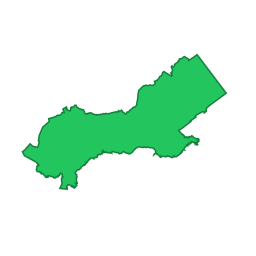 Davao del Sur, Davao del Sur, Philippines, rotated 53°
{"feature_id": "2640588B9806973652018", "entity_name": "Davao del Sur", "entity_type": "district", "adm_level": 2, "iso_a3": "PHL", "parent_name": "Philippines", "parent_adm1": "Davao del Sur", "projection": "albers", "projection_center": [125.526, 6.998], "detail": "fine", "context": "isolated", "style": "filled", "palette": "green", "viewbox_px": 256, "rotation_deg": 53, "n_neighbors": 0, "source": "geoboundaries", "source_scale": "gbopen_adm2", "svg_char_len": 5924}
<svg xmlns="http://www.w3.org/2000/svg" viewBox="0 0 256 256"><g transform="rotate(53 128 128)"><path d="M104.7,41.4L104.9,43.6L103.9,44.7L103.8,45.3L104.4,46.1L104.8,47.6L105.3,47.6L105.2,52.6L105.7,52.5L106.5,53.6L106.6,55.1L104.8,55.5L105.4,56.8L108.7,57.5L110.0,60.0L109.8,60.7L110.5,60.8L110.9,60.3L111.2,60.9L112.3,61.0L112.3,61.6L112.7,62.1L105.0,65.2L104.7,65.1L104.6,65.3L104.5,67.0L106.1,69.0L106.3,70.2L106.0,71.9L107.2,73.9L107.2,75.7L107.6,75.9L106.6,78.8L108.9,79.5L109.1,82.2L108.0,83.7L106.8,84.5L106.2,86.8L104.6,87.8L103.6,90.7L104.5,96.9L107.5,100.1L109.7,101.9L114.9,107.5L115.5,109.2L114.6,111.7L114.9,112.4L115.0,116.6L115.6,117.3L115.4,118.3L115.0,118.5L114.7,119.4L115.1,119.8L115.7,121.4L115.0,121.9L114.4,121.8L113.5,122.0L112.5,122.6L110.9,122.3L109.8,122.5L109.9,124.4L109.7,124.7L108.4,125.0L108.4,125.3L108.5,125.6L109.3,126.1L109.2,126.4L108.0,127.6L106.1,131.7L105.5,133.6L104.2,136.0L102.8,137.1L102.8,138.3L101.8,138.8L101.7,140.3L100.5,141.4L100.6,142.6L99.5,143.4L99.0,145.1L98.5,145.1L98.4,145.4L98.0,145.4L97.0,146.9L95.8,147.3L94.9,148.1L94.3,148.0L93.4,148.5L93.4,149.2L93.0,149.5L93.2,150.1L92.2,150.7L92.4,151.6L92.0,152.7L91.6,152.3L91.0,153.4L89.7,153.6L88.6,153.0L86.9,152.6L83.5,155.1L81.7,155.8L80.5,156.2L78.4,155.8L77.8,157.2L78.5,158.4L78.2,159.9L77.5,160.0L77.4,160.8L77.6,161.0L77.3,161.2L77.5,161.8L78.6,162.6L79.5,163.9L76.3,166.1L76.0,165.2L74.7,165.4L74.5,164.5L74.1,164.5L73.7,168.6L77.3,169.6L76.0,171.2L76.9,173.5L76.7,175.0L75.3,176.8L75.3,179.1L72.8,185.8L75.4,186.9L76.0,195.5L80.6,203.5L84.4,207.3L85.7,207.0L89.1,211.8L85.3,215.1L81.7,215.7L83.5,223.9L83.4,226.6L87.8,227.4L99.5,222.1L103.2,221.4L103.1,222.1L104.2,222.0L103.7,223.9L105.3,224.9L105.9,226.2L107.9,226.8L109.1,225.9L109.6,224.8L111.0,225.0L111.5,224.7L111.5,224.4L111.8,224.7L112.6,224.8L113.2,223.4L118.1,223.3L119.0,221.8L117.7,221.9L118.5,220.8L118.1,220.5L119.0,219.3L120.0,219.2L121.6,217.1L122.7,217.4L123.5,217.0L123.5,216.5L123.9,216.5L124.2,215.6L123.7,214.8L124.3,214.6L124.8,213.4L124.7,213.0L124.4,213.2L124.0,212.6L124.5,212.2L124.4,211.8L124.8,211.2L123.7,210.2L123.8,209.7L123.4,209.0L124.6,208.8L124.8,208.3L125.7,208.9L127.9,209.3L127.9,210.2L127.6,210.2L128.1,210.8L128.2,211.4L129.1,212.1L129.5,212.0L130.4,213.0L132.2,213.8L133.1,214.8L135.3,218.8L140.3,213.3L139.1,212.5L138.4,212.5L137.7,212.1L137.2,210.4L137.6,210.2L137.6,209.6L138.1,208.9L139.3,208.6L139.9,208.0L140.5,208.2L140.4,207.5L141.1,207.3L141.3,206.9L141.6,207.4L141.7,207.2L142.3,207.6L142.8,207.5L143.0,206.8L143.7,206.8L143.7,206.2L143.3,206.1L143.6,205.7L143.2,205.0L143.1,203.4L141.9,203.2L142.0,202.6L141.7,203.1L141.2,203.2L141.4,203.0L141.2,202.8L141.7,202.4L141.4,201.6L139.7,201.3L139.6,201.0L138.5,200.7L138.1,200.0L137.0,199.6L136.5,198.9L136.7,198.5L136.4,198.1L135.1,197.7L134.4,197.0L133.7,197.4L133.3,197.3L133.0,197.4L133.2,197.5L132.0,197.2L132.1,196.9L131.1,194.8L131.1,193.8L131.5,193.1L131.5,192.2L132.0,191.7L131.5,190.7L131.8,190.1L131.5,190.0L131.1,188.9L130.9,187.0L131.1,186.7L130.9,185.6L131.2,185.7L131.5,185.4L131.5,184.1L130.8,182.0L130.2,182.1L130.9,181.1L129.9,179.0L130.0,178.1L129.8,178.2L129.7,178.1L129.9,177.8L129.5,176.1L130.0,175.1L131.3,173.7L132.0,173.5L131.8,173.2L132.1,173.6L132.2,173.4L131.7,172.0L132.0,171.1L132.6,171.0L132.8,170.5L132.2,169.5L132.1,168.9L131.4,168.5L131.7,168.2L131.5,167.0L131.7,166.6L132.8,166.0L132.6,165.2L133.0,164.0L132.3,163.6L132.6,163.2L132.4,163.4L132.2,163.2L132.0,163.3L131.5,162.8L131.5,162.5L131.3,162.5L130.7,161.8L131.1,161.4L132.9,162.3L133.4,161.7L132.9,161.5L133.5,161.2L133.6,160.3L133.9,160.5L135.2,159.2L135.9,159.0L136.3,157.6L137.6,157.1L137.6,156.1L138.3,156.0L137.5,155.3L137.7,154.2L140.6,152.2L141.2,151.0L141.7,150.6L142.4,150.8L143.4,150.4L144.3,148.4L144.1,147.8L144.1,145.9L145.0,145.2L145.9,145.2L148.2,143.4L149.0,143.2L149.1,142.6L150.0,141.5L149.8,140.3L150.0,139.0L149.1,136.1L149.2,134.8L148.9,133.9L149.3,131.4L149.9,130.3L152.5,127.9L152.6,127.2L152.7,127.3L153.1,127.0L152.7,127.1L153.1,126.8L153.1,126.3L154.7,125.1L154.5,124.6L156.1,122.8L157.2,122.2L157.5,121.5L158.5,120.5L160.5,119.7L161.9,119.6L163.1,119.7L163.4,120.2L164.8,121.0L164.5,122.7L165.0,123.4L164.9,121.5L165.4,120.8L165.8,120.5L166.4,120.6L166.4,120.3L167.0,120.1L167.1,120.3L169.1,119.8L170.4,119.8L170.2,119.1L170.9,119.6L171.2,119.1L171.2,117.9L172.1,116.6L173.7,115.2L173.9,114.7L173.6,114.8L174.0,114.4L173.7,113.6L173.9,113.0L176.2,112.0L176.5,111.2L177.6,111.0L177.8,110.9L177.6,110.8L178.0,110.1L177.9,109.6L178.2,109.5L178.1,109.1L178.4,108.7L178.6,108.9L178.4,108.5L178.7,108.7L180.1,106.4L180.0,103.3L180.2,102.8L179.9,101.4L180.1,100.8L179.8,100.1L179.5,100.2L179.6,99.2L179.4,99.3L178.9,98.1L178.8,96.9L179.3,96.4L178.7,96.5L178.7,96.1L179.2,95.9L178.5,95.9L178.2,95.6L177.5,92.9L177.5,91.6L178.2,91.3L178.3,91.5L178.3,91.1L177.5,91.2L177.7,90.8L177.2,90.8L177.4,90.6L177.2,90.4L177.6,90.2L177.3,90.2L177.0,89.8L177.3,89.5L177.2,89.0L177.5,89.0L177.2,88.6L177.6,88.7L177.2,88.1L178.1,87.6L178.1,87.2L177.6,86.8L177.7,86.4L177.4,86.2L177.7,85.9L177.4,85.7L177.8,85.6L177.9,85.0L178.4,84.2L178.9,84.3L179.5,83.7L180.2,83.5L180.3,83.8L180.7,83.5L181.1,83.8L181.0,83.4L181.3,83.4L181.4,83.8L181.4,83.4L182.7,83.5L183.2,82.9L183.2,81.7L182.7,82.9L182.0,82.3L181.5,82.4L181.4,81.6L181.0,82.3L180.6,82.3L180.9,81.7L180.3,80.4L180.6,80.0L180.2,79.6L180.8,79.2L180.1,78.9L180.1,78.4L179.2,78.2L178.4,78.7L178.7,79.2L175.7,81.1L173.2,81.4L172.5,82.0L172.8,83.3L172.4,83.5L172.3,84.0L171.9,84.1L172.0,84.8L171.7,84.9L172.0,85.6L171.7,85.9L171.9,86.3L170.5,86.3L169.8,87.4L170.0,88.1L169.7,88.7L168.5,87.9L167.5,87.8L166.1,88.1L166.2,88.5L160.3,89.0L160.8,85.2L160.6,73.8L159.9,74.0L160.2,67.2L158.9,67.1L159.0,64.1L159.8,59.0L160.8,57.4L161.8,58.0L161.8,55.4L160.0,54.2L159.3,53.0L159.1,48.6L159.3,28.6L111.0,28.7L111.0,32.3L110.6,38.8L109.5,38.2L104.9,39.9L104.7,41.4Z" fill="#22c55e" stroke="#15803d" stroke-width="1.5"/></g></svg>